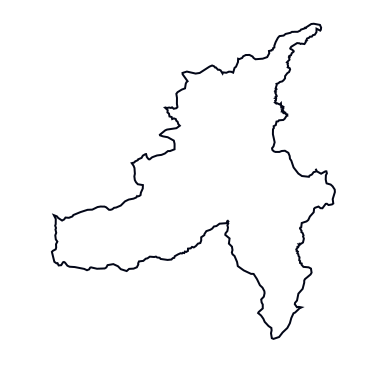 Tana Toraja, Sulawesi Selatan, Indonesia, rotated 264°
{"feature_id": "22746128B55477646801661", "entity_name": "Tana Toraja", "entity_type": "district", "adm_level": 2, "iso_a3": "IDN", "parent_name": "Indonesia", "parent_adm1": "Sulawesi Selatan", "projection": "albers", "projection_center": [119.71, -3.057], "detail": "fine", "context": "isolated", "style": "outline", "palette": "ink", "viewbox_px": 384, "rotation_deg": 264, "n_neighbors": 0, "source": "geoboundaries", "source_scale": "gbopen_adm2", "svg_char_len": 6077}
<svg xmlns="http://www.w3.org/2000/svg" viewBox="0 0 384 384"><g transform="rotate(264 192 192)"><path d="M342.0,337.6L344.8,336.7L346.6,330.7L346.6,328.2L343.9,322.9L343.1,322.4L343.1,321.7L343.6,321.8L343.6,321.5L342.8,320.6L342.1,317.3L341.2,316.5L340.3,313.9L340.8,308.2L340.0,306.4L339.4,301.6L338.0,299.5L337.9,295.3L336.4,293.6L332.4,290.9L328.9,289.2L327.1,289.0L326.6,287.7L325.2,287.3L324.9,286.0L324.4,285.8L324.2,283.3L321.8,283.3L318.3,280.9L317.2,276.3L317.4,269.0L318.8,267.3L320.4,266.4L322.3,263.5L322.6,259.8L321.6,257.1L320.1,255.9L319.2,252.9L319.7,251.8L316.4,251.3L312.0,248.9L311.0,247.3L306.4,245.4L307.5,243.5L307.8,241.3L307.0,238.6L307.7,235.4L306.6,234.8L309.9,233.2L310.8,231.8L310.8,230.7L313.4,228.7L313.4,228.0L314.8,227.0L315.7,225.2L314.9,222.6L309.6,212.1L309.4,208.0L312.3,199.5L311.4,195.0L310.0,195.0L302.6,199.2L301.7,197.9L300.3,197.1L295.8,195.9L294.9,192.5L292.8,188.1L291.3,186.7L287.2,186.9L281.3,186.2L278.0,186.4L277.0,185.3L276.7,182.5L278.3,181.0L277.8,179.9L278.4,178.1L278.1,175.3L278.8,174.7L278.7,174.0L275.9,176.4L273.7,175.9L272.4,177.3L269.5,177.5L268.7,179.6L266.6,179.9L267.1,181.7L266.2,183.5L264.6,183.8L263.4,185.0L260.9,185.5L259.2,186.8L257.1,183.2L256.7,173.7L256.1,171.8L252.3,166.0L251.7,166.1L250.4,168.9L249.0,173.6L245.0,179.3L241.7,179.7L236.3,179.1L235.0,174.3L235.2,172.3L233.1,169.0L232.1,165.5L232.0,161.1L231.2,157.9L230.7,156.0L228.9,153.3L229.1,152.4L230.1,151.6L231.7,150.7L234.5,150.3L234.5,149.6L233.3,146.9L231.2,145.4L230.1,141.8L229.3,141.4L228.4,138.7L227.4,137.7L227.0,135.1L224.3,136.6L221.9,137.3L216.1,137.1L213.6,136.3L209.9,136.4L207.6,137.3L205.4,138.9L204.0,143.9L200.6,143.4L196.7,141.1L194.3,140.5L193.6,139.3L193.2,137.3L193.6,136.9L192.3,135.8L191.5,133.1L191.1,128.3L189.7,124.4L186.0,119.8L184.5,115.0L184.4,112.8L183.2,111.0L182.8,109.3L183.0,107.6L185.7,105.1L186.6,103.5L187.1,99.5L186.9,96.5L184.9,91.0L185.2,86.3L183.7,79.1L181.5,71.6L180.2,70.5L179.2,66.9L179.8,63.5L178.1,62.0L177.2,59.8L180.2,56.2L181.9,55.1L183.4,52.2L179.5,53.7L174.3,53.1L172.8,52.4L170.4,53.0L169.0,52.3L165.6,52.7L163.2,51.5L159.1,51.6L156.7,52.9L154.3,51.3L150.9,51.1L149.2,50.4L148.0,47.4L147.1,46.4L137.0,47.8L135.2,49.8L135.3,50.8L132.9,51.7L132.9,54.3L135.6,56.4L135.8,57.3L135.1,58.3L131.7,60.4L130.5,62.4L129.6,67.6L126.8,76.7L125.2,79.4L125.8,81.6L127.4,82.8L127.6,83.7L125.6,89.5L125.1,97.2L125.9,98.9L128.1,100.4L128.5,106.2L125.9,110.6L122.7,113.1L120.2,118.8L122.1,121.4L121.9,125.9L122.9,129.3L125.5,131.0L126.7,131.0L128.5,132.0L128.6,136.4L130.5,139.0L130.7,140.8L132.1,143.3L131.3,147.6L131.5,149.4L130.5,150.5L130.0,152.9L128.7,153.8L127.0,160.6L127.0,164.5L128.2,165.9L128.4,167.5L129.9,168.1L131.4,171.5L132.3,174.2L131.9,175.6L132.5,176.4L132.1,177.9L133.5,178.7L133.0,180.0L133.8,181.8L136.1,182.1L136.1,184.8L137.4,186.3L136.7,188.0L137.8,190.1L140.0,192.5L140.4,194.9L142.8,196.1L146.0,196.4L147.8,199.7L148.9,200.0L151.6,202.2L152.5,206.2L153.5,208.3L155.4,210.2L155.6,212.8L157.6,216.1L157.4,223.1L159.3,224.0L159.6,224.6L158.9,225.1L157.9,224.2L157.0,224.8L155.1,223.7L153.0,224.1L149.5,223.1L147.4,221.0L145.9,220.6L141.9,224.5L136.8,223.3L133.5,226.0L130.0,226.2L127.7,225.3L125.8,225.8L123.9,227.6L117.7,229.5L113.5,229.8L108.6,235.3L104.4,242.2L104.1,244.7L98.6,247.5L92.2,249.8L89.5,252.1L85.8,253.6L83.8,253.6L80.4,252.5L77.9,249.6L74.9,249.7L72.7,250.6L68.8,250.2L65.7,245.8L64.7,245.1L61.9,247.8L58.5,249.7L55.3,250.7L50.7,254.1L48.5,256.7L46.0,256.7L43.3,255.8L38.3,256.1L37.4,257.7L38.7,263.5L42.8,267.4L46.8,272.6L51.2,275.6L56.3,277.6L60.8,280.3L61.3,281.9L65.1,286.8L65.8,288.8L66.6,286.2L66.5,284.3L69.7,282.5L71.0,282.9L73.1,285.1L79.8,287.2L84.1,291.9L90.0,294.1L92.3,294.4L93.6,295.3L97.6,301.3L99.3,302.5L103.4,302.3L104.9,300.1L105.9,295.0L108.3,293.3L109.4,293.6L110.2,292.0L112.0,292.3L112.9,291.5L115.9,292.1L117.2,291.3L119.1,291.2L120.1,290.3L121.6,291.1L122.4,289.9L123.1,290.2L123.8,289.7L124.9,290.3L125.9,291.7L126.6,291.4L126.8,292.2L128.0,293.2L128.7,292.8L128.5,293.7L129.3,293.8L129.1,295.0L130.2,297.1L133.9,298.4L136.3,297.8L137.1,298.4L138.7,298.0L139.9,297.6L140.7,296.6L142.0,296.9L144.4,295.6L145.2,295.9L145.4,296.9L149.7,297.9L150.8,302.9L152.0,304.7L155.3,306.7L159.1,310.9L162.7,311.7L163.5,312.8L164.3,316.3L162.5,318.1L162.2,320.0L166.2,323.7L166.2,324.9L164.8,326.4L164.8,327.2L165.0,329.9L165.8,331.3L170.2,331.2L177.0,334.1L179.5,334.2L183.0,332.4L184.9,330.7L186.5,326.8L187.3,326.6L190.4,326.3L194.6,326.9L196.5,328.1L198.5,327.8L198.6,326.8L196.7,322.3L199.5,318.3L202.2,317.4L199.6,318.3L199.0,315.0L196.9,313.1L195.9,310.5L194.9,309.9L196.4,303.0L199.2,299.7L205.8,295.6L212.9,294.0L214.8,292.9L217.6,292.9L220.9,291.9L223.3,288.7L223.4,285.5L222.7,283.1L223.1,279.2L224.0,277.5L225.5,276.3L227.2,276.2L228.8,277.8L232.8,279.4L241.0,278.5L245.9,279.1L247.1,280.1L248.9,280.1L249.8,282.3L253.2,283.4L253.3,285.1L254.2,286.0L254.1,290.3L255.1,291.8L257.9,294.0L257.9,294.8L259.2,294.9L259.8,293.4L260.9,293.2L260.7,291.7L261.2,291.1L261.8,292.0L262.5,290.8L262.9,291.4L263.6,291.0L263.7,290.6L263.2,290.9L262.8,290.4L262.8,289.7L264.2,290.1L265.2,291.3L266.0,290.5L266.3,291.6L267.1,291.9L267.9,290.8L267.3,289.6L270.9,289.7L269.8,288.5L271.4,285.8L271.1,285.1L272.3,283.9L272.6,284.5L274.1,284.3L274.4,285.0L276.1,285.4L276.6,284.6L277.0,285.5L278.1,285.2L278.6,286.3L282.0,285.2L282.7,285.9L283.6,285.1L284.8,286.3L285.6,286.0L285.7,286.7L287.0,286.3L289.7,287.5L290.7,287.3L291.1,289.2L292.2,290.8L292.6,293.4L293.7,294.9L295.3,296.4L297.5,296.7L300.2,299.2L301.2,301.1L302.7,301.9L303.7,302.4L304.9,302.1L306.0,300.2L307.2,300.8L308.9,300.4L310.0,300.9L311.0,299.9L313.4,302.8L315.3,302.6L315.8,303.1L316.2,302.5L317.2,303.0L317.7,304.8L319.6,305.7L320.9,307.7L321.4,307.9L322.9,306.7L324.0,304.9L324.6,304.7L326.1,305.9L329.1,312.1L328.6,314.6L327.9,315.4L328.1,316.4L327.4,319.3L329.2,320.8L330.1,320.9L330.5,321.7L330.7,321.4L332.6,322.5L333.2,324.6L334.1,325.5L334.0,327.4L335.3,328.6L335.6,330.6L338.0,332.5L341.4,332.9L339.1,336.4L339.9,337.1L342.0,337.6Z" fill="none" stroke="#020617" stroke-width="2"/></g></svg>